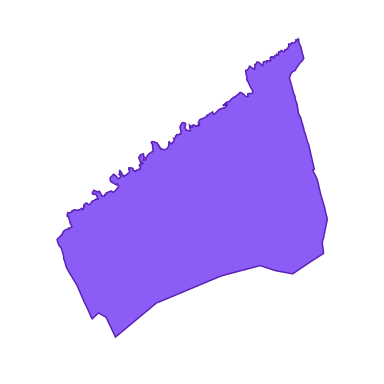 the district of Prundeni, Vâlcea, Romania, rotated 75°
{"feature_id": "2599482B15275275534961", "entity_name": "Prundeni", "entity_type": "district", "adm_level": 2, "iso_a3": "ROU", "parent_name": "Romania", "parent_adm1": "Vâlcea", "projection": "natural_earth1", "projection_center": [24.227, 44.727], "detail": "fine", "context": "isolated", "style": "filled", "palette": "violet", "viewbox_px": 384, "rotation_deg": 75, "n_neighbors": 0, "source": "geoboundaries", "source_scale": "gbopen_adm2", "svg_char_len": 5888}
<svg xmlns="http://www.w3.org/2000/svg" viewBox="0 0 384 384"><g transform="rotate(75 192 192)"><path d="M312.3,303.5L289.8,254.7L289.7,252.3L280.6,185.5L280.7,145.3L289.7,131.5L297.1,115.9L289.7,94.5L285.4,80.9L281.9,80.2L277.0,79.7L273.3,78.8L270.3,76.7L267.2,75.3L253.7,68.5L252.7,68.3L246.5,68.2L241.7,67.9L226.9,68.3L215.2,67.8L210.7,68.0L202.1,69.8L201.8,68.0L176.3,67.0L172.6,67.5L165.5,67.5L161.6,67.9L159.6,67.6L147.8,67.9L144.3,68.7L142.1,68.8L140.2,68.3L133.9,68.0L134.0,67.8L129.7,68.2L126.2,67.8L122.1,68.3L115.9,68.2L107.1,68.4L102.7,65.3L101.6,62.9L101.4,61.2L101.2,60.7L99.6,59.4L96.4,55.5L95.5,54.7L93.6,51.2L91.7,49.4L86.1,49.5L78.7,49.3L78.0,49.7L73.8,50.0L72.8,49.4L71.7,49.8L72.6,50.2L72.1,50.8L71.9,52.4L73.6,52.6L73.7,53.7L74.4,54.2L74.6,54.6L74.4,55.5L73.7,56.3L73.6,57.0L73.9,57.5L74.9,58.1L75.1,58.7L74.2,59.6L74.1,60.2L74.7,60.6L76.3,60.6L76.8,61.4L77.7,61.8L77.8,62.6L78.4,62.9L78.4,63.4L78.9,63.8L78.9,64.4L78.6,65.1L78.7,65.6L80.0,65.9L80.3,66.3L80.0,67.5L79.4,68.2L78.6,68.6L78.3,69.3L79.4,70.2L79.3,71.0L78.9,71.5L79.4,72.4L81.9,72.8L82.1,73.2L82.1,73.7L80.8,74.5L80.8,74.8L81.8,75.2L82.1,76.0L81.8,76.3L81.8,76.8L82.4,77.1L82.6,77.6L83.7,78.2L83.4,78.9L82.7,78.9L82.0,79.4L81.9,80.3L82.3,80.8L82.1,81.3L83.4,82.0L84.4,81.8L85.6,81.8L85.7,82.0L85.3,82.9L85.3,83.9L84.9,84.5L84.6,85.5L84.6,85.8L85.6,86.2L85.8,86.5L85.0,86.9L84.6,88.8L85.3,89.7L86.0,90.0L86.9,89.9L88.0,90.8L88.1,91.2L87.9,91.7L86.5,92.2L83.9,94.0L83.4,94.7L83.4,95.9L84.6,96.6L85.0,97.4L85.0,98.3L85.5,98.5L86.3,98.3L86.7,98.7L87.2,98.6L88.4,99.4L89.3,99.4L89.7,99.9L89.4,100.5L88.2,101.1L87.1,102.5L85.7,103.3L85.3,104.0L87.0,105.0L87.8,105.9L88.4,107.1L88.4,108.5L88.6,108.8L93.0,109.3L95.5,109.1L97.1,110.0L98.2,110.0L100.2,109.3L106.3,108.3L108.9,107.4L111.3,107.3L112.2,108.8L112.3,109.5L112.3,110.0L111.6,110.7L111.8,111.2L111.6,112.6L112.9,113.1L114.1,113.0L114.1,114.5L113.4,115.6L111.6,116.4L110.6,117.1L108.8,118.7L108.3,119.7L108.7,120.8L109.8,121.7L109.7,122.5L110.0,123.7L111.4,125.4L111.1,126.8L112.4,129.9L114.2,132.2L114.1,133.2L114.4,135.8L115.9,138.5L116.0,139.3L116.6,139.4L116.9,139.0L116.7,138.1L116.0,136.1L116.1,135.5L116.7,135.6L117.0,135.4L117.5,136.1L117.1,136.5L118.1,136.9L118.2,137.2L119.0,137.9L119.0,143.4L119.2,144.1L122.8,150.7L122.2,151.1L120.0,151.4L121.3,155.4L122.0,156.5L122.0,156.9L121.6,157.4L121.9,157.9L122.6,158.1L123.0,158.6L123.9,163.0L123.8,164.3L124.2,165.7L124.5,166.3L125.8,167.1L126.8,168.1L127.8,167.4L128.5,168.1L129.2,167.4L129.9,168.0L130.0,168.5L129.1,169.5L129.7,171.2L128.8,171.5L128.4,172.2L127.8,172.6L127.5,173.5L128.0,174.2L127.9,174.6L129.2,174.5L129.5,175.3L129.0,176.2L128.5,176.3L128.2,176.7L127.7,176.4L127.4,176.6L126.7,177.1L128.0,177.2L129.1,177.6L130.0,177.3L130.5,177.6L132.5,177.8L132.3,178.7L131.3,180.3L131.0,181.4L129.1,182.0L127.5,181.9L126.5,181.6L125.1,180.6L124.4,180.4L123.7,180.8L122.6,182.6L122.5,183.4L123.6,184.8L126.0,186.8L130.8,187.1L132.4,187.5L133.0,187.9L133.4,188.5L132.7,189.0L133.2,190.2L133.0,191.1L132.6,191.6L132.7,191.9L133.3,192.6L133.7,192.6L133.8,193.5L134.8,193.8L135.4,194.2L135.8,194.9L135.4,195.9L137.4,195.7L138.6,196.7L139.0,198.1L139.9,198.3L140.2,199.7L139.8,199.7L139.7,200.0L138.6,200.8L137.5,201.1L137.9,201.7L138.8,201.4L139.8,202.2L140.7,202.2L143.3,204.2L144.3,207.6L144.1,208.1L142.9,209.2L142.8,210.6L142.1,211.2L142.0,210.8L141.7,210.8L140.4,211.5L138.5,212.1L138.6,212.4L137.7,212.2L137.0,212.7L135.7,212.8L135.3,213.8L133.8,215.3L133.7,216.2L132.9,217.3L133.0,217.9L133.4,218.4L134.6,218.4L136.7,217.6L137.4,218.4L139.1,218.4L139.9,218.7L142.0,218.9L142.9,219.4L142.9,221.0L144.8,225.2L145.8,226.0L146.9,227.8L148.7,227.9L149.0,228.4L148.8,230.1L148.5,229.7L148.0,230.1L147.3,230.1L147.0,229.9L146.7,229.2L146.2,229.0L145.1,229.3L142.6,229.0L142.6,231.5L142.8,232.3L143.0,232.7L144.2,232.8L144.6,234.5L146.5,234.5L147.9,234.1L149.4,234.3L150.1,233.9L150.6,232.5L151.4,231.9L151.7,232.0L152.2,232.9L151.8,233.8L151.5,234.1L152.0,235.0L151.9,235.5L153.2,236.0L153.4,235.4L154.5,235.2L155.8,236.4L156.5,236.4L156.6,236.9L156.3,237.9L156.6,238.5L156.5,239.2L156.7,240.0L157.0,240.4L157.1,241.3L157.5,241.5L157.2,242.2L156.4,242.2L155.7,243.2L154.2,242.9L153.4,243.5L152.3,246.7L153.6,247.3L154.3,246.9L156.2,247.1L157.3,248.2L157.4,249.2L158.6,251.0L158.7,253.5L158.8,253.8L159.2,253.7L159.3,254.2L155.1,255.1L154.6,255.3L154.7,255.9L153.6,255.6L152.7,256.2L153.2,256.6L154.4,257.0L155.7,257.0L156.2,258.0L157.1,257.2L157.3,256.5L158.0,256.4L160.0,258.5L159.9,259.9L157.3,261.2L156.3,261.5L155.8,262.4L155.4,262.4L154.5,263.1L157.2,267.5L158.1,267.5L159.0,268.1L161.1,267.6L161.3,267.1L161.8,267.0L165.6,263.1L165.6,262.6L165.0,262.0L167.5,261.3L171.2,266.0L171.8,268.7L170.7,269.2L170.1,269.7L170.7,275.0L171.7,274.9L171.9,276.9L173.0,277.2L173.2,277.7L173.5,277.9L173.5,278.3L172.2,279.5L172.4,280.0L170.9,280.5L169.9,280.4L167.2,281.4L167.8,283.0L167.4,283.2L164.9,286.3L167.0,288.5L167.5,288.7L168.7,288.0L169.1,286.8L169.4,285.4L173.7,284.6L174.6,284.5L175.0,284.8L173.9,286.4L174.7,288.3L174.9,289.3L174.9,290.6L177.2,293.4L177.6,294.5L177.6,295.0L175.8,296.2L175.4,297.0L175.3,297.7L176.8,300.0L177.7,300.3L178.2,299.7L179.0,300.3L179.3,301.0L180.3,301.5L180.8,302.1L179.2,302.8L180.1,305.2L179.9,306.1L179.7,309.1L179.0,309.4L178.8,309.8L178.8,311.2L179.3,312.4L179.2,312.9L180.0,313.0L180.2,314.6L180.6,314.8L179.8,317.2L180.5,317.5L180.5,317.8L183.0,318.9L183.3,318.5L183.4,317.8L187.5,317.7L189.4,317.4L189.8,317.8L194.6,317.0L194.9,317.8L195.1,320.7L195.7,320.6L195.6,321.5L195.8,324.1L196.2,324.6L196.6,326.2L198.3,327.6L199.5,328.2L199.2,328.5L200.7,330.7L202.9,334.6L206.0,334.7L207.7,334.5L210.2,334.0L211.8,332.9L214.4,332.7L220.0,332.6L223.8,333.2L225.8,332.9L230.8,332.9L233.7,332.5L237.7,331.5L252.5,327.2L270.7,324.5L277.8,323.1L286.6,321.8L288.7,321.2L284.6,313.7L290.7,307.4L312.3,303.5Z" fill="#8b5cf6" stroke="#5b21b6" stroke-width="1.5"/></g></svg>